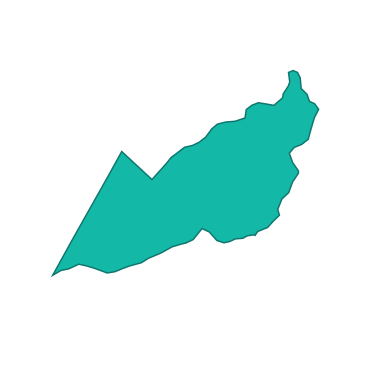 Mathikoloni, Limassol, Cyprus (Albers equal-area conic projection), rotated 227°
{"feature_id": "46923920B8484805668127", "entity_name": "Mathikoloni", "entity_type": "district", "adm_level": 2, "iso_a3": "CYP", "parent_name": "Cyprus", "parent_adm1": "Limassol", "projection": "albers", "projection_center": [33.058, 34.784], "detail": "fine", "context": "isolated", "style": "filled", "palette": "teal", "viewbox_px": 384, "rotation_deg": 227, "n_neighbors": 0, "source": "geoboundaries", "source_scale": "gbopen_adm2", "svg_char_len": 1155}
<svg xmlns="http://www.w3.org/2000/svg" viewBox="0 0 384 384"><g transform="rotate(227 192 192)"><path d="M226.1,33.3L224.0,42.6L219.8,49.6L216.4,60.0L209.7,64.6L202.6,68.7L190.7,74.7L186.3,81.2L183.1,89.7L180.2,96.5L174.8,106.7L173.3,114.7L168.5,127.9L165.5,140.0L161.7,147.7L158.8,152.9L156.4,160.4L157.4,167.2L158.4,174.4L150.9,177.4L139.6,177.1L133.1,180.7L130.1,185.8L128.1,191.8L123.5,197.6L122.3,202.5L118.5,208.1L117.3,208.4L118.3,213.1L114.5,223.1L115.2,230.9L115.4,240.1L120.8,242.8L125.6,253.0L125.6,262.3L130.7,272.3L133.1,282.5L134.8,284.2L145.0,285.7L154.0,289.6L154.9,297.1L152.0,304.7L151.3,313.0L156.6,321.5L161.1,329.1L162.9,332.2L166.1,341.0L172.9,341.9L178.2,339.7L183.3,342.0L184.7,342.7L193.2,342.4L201.7,349.0L207.5,350.7L211.9,348.8L211.9,348.7L213.6,344.1L205.8,338.5L203.9,334.9L201.5,325.6L199.1,322.5L199.5,311.0L205.6,306.4L212.1,301.3L214.6,294.9L215.3,287.9L210.0,281.3L214.3,271.8L220.1,264.5L224.3,256.9L224.7,249.6L222.8,239.7L223.5,231.1L225.7,224.1L229.8,217.0L230.8,206.3L231.5,200.7L230.3,192.2L228.4,171.2L269.5,168.2L261.7,144.3L237.8,69.1L226.1,33.3Z" fill="#14b8a6" stroke="#0f766e" stroke-width="1.5"/></g></svg>